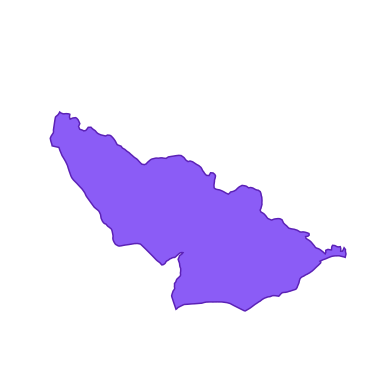 the district of Ugenya, Nyanza, Kenya, rotated 235°
{"feature_id": "3690345B43634586140198", "entity_name": "Ugenya", "entity_type": "district", "adm_level": 2, "iso_a3": "KEN", "parent_name": "Kenya", "parent_adm1": "Nyanza", "projection": "mercator", "projection_center": [34.222, 0.217], "detail": "fine", "context": "isolated", "style": "filled", "palette": "violet", "viewbox_px": 384, "rotation_deg": 235, "n_neighbors": 0, "source": "geoboundaries", "source_scale": "gbopen_adm2", "svg_char_len": 6020}
<svg xmlns="http://www.w3.org/2000/svg" viewBox="0 0 384 384"><g transform="rotate(235 192 192)"><path d="M162.0,242.7L163.0,240.7L165.2,240.0L165.9,239.6L166.9,238.7L168.7,236.8L169.1,233.7L168.9,231.3L168.5,229.3L168.6,227.5L168.9,226.0L169.9,223.5L169.5,222.3L169.4,220.5L171.7,219.2L174.1,218.1L175.0,217.6L175.9,217.1L177.9,215.8L179.7,214.0L180.4,213.4L181.2,212.9L182.7,212.5L185.0,213.9L187.6,216.3L188.2,216.8L188.9,217.3L190.2,219.0L191.7,220.5L192.7,220.7L193.6,220.7L195.5,220.2L197.1,218.3L195.7,215.4L197.3,213.4L199.8,213.0L202.1,213.1L203.1,213.0L204.0,213.1L205.9,213.4L207.2,213.4L209.8,212.7L211.7,211.7L212.7,211.3L215.5,210.2L216.3,209.9L217.0,209.4L218.5,208.2L219.2,206.2L221.6,205.3L224.6,205.2L226.0,204.8L228.1,204.0L229.6,202.2L230.9,199.8L232.2,197.1L233.2,195.1L234.3,192.8L234.4,190.1L235.8,188.4L237.2,187.0L238.0,185.8L239.0,183.8L240.3,182.2L240.8,181.2L242.0,178.1L242.2,176.8L242.1,175.4L241.8,172.6L241.6,171.7L241.3,170.8L241.7,168.7L243.7,166.8L246.5,166.3L249.8,165.9L251.1,165.6L252.2,165.1L254.3,164.4L256.2,164.0L257.6,163.6L260.4,163.0L262.7,162.1L265.5,161.4L268.0,160.2L270.2,160.2L273.6,157.9L275.9,158.1L277.0,158.3L278.1,158.4L280.2,158.4L281.7,158.3L284.3,157.9L285.5,157.3L287.1,155.5L287.3,154.2L287.5,153.3L289.3,151.7L291.1,150.1L292.9,149.0L294.1,148.4L295.3,148.1L297.6,147.9L298.8,147.5L299.7,147.1L301.6,146.6L303.0,146.4L304.5,144.1L303.8,142.1L303.5,141.1L303.4,140.1L304.1,138.4L305.0,138.0L305.7,137.6L307.8,136.0L310.8,136.7L312.3,139.3L315.1,139.9L316.4,140.1L318.3,139.9L319.6,139.4L321.0,136.8L321.6,134.0L323.7,134.6L325.7,136.5L326.4,136.1L327.2,135.3L328.2,134.1L329.0,132.9L329.4,132.0L329.9,131.4L330.5,130.9L331.4,130.3L332.0,129.9L333.4,129.5L333.0,128.8L332.2,126.9L332.0,125.4L331.9,124.1L331.7,123.2L330.9,122.3L329.4,120.8L322.2,114.0L320.6,113.0L319.9,112.1L318.9,109.5L318.5,108.6L317.9,107.6L317.3,106.7L314.8,105.6L312.6,104.9L311.6,104.6L310.0,103.9L309.1,104.7L308.2,105.5L304.9,108.5L303.9,108.3L302.4,107.8L300.2,107.3L297.9,106.8L296.6,106.5L295.7,106.4L293.8,106.3L290.1,106.0L288.6,105.8L285.2,105.2L282.8,104.4L279.9,103.5L277.7,102.9L274.9,102.1L273.3,101.8L272.2,101.7L269.9,101.8L267.5,102.2L265.2,102.6L260.7,103.2L258.0,103.6L257.0,103.7L256.0,103.7L253.5,103.7L252.2,103.6L251.0,103.3L249.7,103.1L248.9,103.0L240.5,103.1L235.7,103.2L234.9,103.4L233.8,103.7L231.8,104.3L230.2,104.7L229.1,104.7L226.2,104.2L225.5,103.9L224.7,103.5L223.3,102.8L222.3,102.4L221.1,102.2L219.6,101.9L218.1,101.9L217.1,102.0L216.2,102.3L215.4,102.9L214.7,103.2L213.8,103.2L212.1,103.4L211.1,103.8L209.7,104.2L208.4,104.6L207.4,104.6L206.2,104.3L203.6,103.2L202.0,102.5L201.1,102.0L199.6,100.7L198.5,100.1L197.6,99.8L196.7,99.6L195.3,99.4L193.4,99.3L192.6,99.5L191.6,100.0L190.3,100.6L189.5,101.3L188.5,103.2L187.5,105.5L187.0,106.6L185.1,110.3L183.1,114.5L182.6,115.5L182.0,116.4L181.0,117.9L180.3,118.6L178.9,119.9L177.6,120.2L176.6,120.4L171.4,121.4L162.8,122.9L156.9,123.8L156.0,124.0L154.0,124.6L152.7,125.1L151.7,125.2L150.6,125.3L149.5,125.5L148.9,127.1L149.0,129.0L149.4,129.9L149.9,131.0L150.0,131.8L149.8,132.9L149.8,134.3L149.9,135.4L149.6,136.6L149.4,138.1L149.1,139.1L148.5,139.9L148.3,140.6L148.4,141.9L148.8,144.6L148.9,145.9L148.9,147.6L148.3,148.9L147.5,149.8L147.1,148.8L147.0,147.4L146.9,145.1L146.1,144.2L145.5,143.1L144.9,142.1L143.1,141.5L142.1,141.3L141.3,141.0L140.6,140.8L139.0,139.9L137.7,139.3L136.9,139.1L136.0,138.9L135.2,138.4L134.3,137.8L133.3,137.0L132.4,136.1L131.5,135.6L130.6,135.1L130.0,134.2L129.8,133.2L129.5,131.2L129.4,130.2L129.1,129.3L128.7,128.5L128.1,127.8L127.6,127.0L127.4,126.1L127.1,125.2L125.6,124.2L124.8,123.5L123.9,123.0L123.1,122.6L122.5,121.9L121.7,119.7L120.6,118.2L120.1,117.5L118.7,115.8L117.8,115.4L112.6,113.8L105.1,111.6L105.1,112.7L105.4,114.3L105.1,116.6L104.9,117.9L104.5,120.4L104.3,121.2L102.7,123.8L100.5,127.6L98.8,130.3L95.7,135.6L95.3,136.3L94.6,138.4L94.2,139.3L93.7,140.5L93.1,141.4L91.7,143.6L89.9,146.1L87.2,150.1L84.8,153.4L81.3,157.2L79.5,158.7L78.7,159.3L75.1,161.1L64.7,166.7L64.0,167.5L63.6,172.6L63.6,173.7L63.8,179.5L63.7,181.2L63.7,183.0L63.7,184.0L63.5,184.9L63.6,186.0L63.6,186.7L63.7,187.8L63.5,190.4L62.9,192.6L62.7,193.5L62.3,194.5L61.5,195.9L60.9,198.5L60.4,199.3L59.8,200.1L59.1,201.0L58.0,202.1L57.5,202.7L56.9,203.3L57.0,204.2L57.6,206.2L57.6,207.3L57.8,208.2L57.4,208.9L56.9,209.9L56.3,210.8L55.7,212.2L55.3,213.1L55.1,214.0L54.8,214.8L54.4,215.8L54.2,216.7L53.9,217.6L53.4,219.3L53.1,220.1L52.8,221.4L53.1,222.4L53.5,223.3L54.7,225.0L55.2,225.9L55.7,226.6L56.2,227.4L56.8,228.1L57.5,228.8L58.9,230.6L59.3,231.8L59.4,233.3L59.2,234.4L59.0,235.4L59.0,236.3L58.9,237.8L58.6,239.2L58.5,240.7L58.3,242.0L58.4,242.9L58.3,244.5L58.5,246.4L58.6,247.3L59.1,250.3L59.4,252.3L59.5,253.3L60.1,256.6L60.7,257.3L61.9,257.1L61.3,260.7L60.7,262.7L60.5,263.6L60.0,266.1L59.2,269.3L58.8,270.3L57.9,272.1L57.4,272.9L55.8,275.3L55.2,276.1L54.5,276.7L51.7,279.2L50.6,280.0L52.9,282.6L55.1,283.5L56.1,284.1L56.8,284.7L59.1,284.6L58.1,283.0L57.2,281.3L57.8,280.5L58.2,279.8L60.3,281.4L61.3,281.8L62.2,282.1L63.1,280.3L64.1,279.4L66.2,278.3L67.7,276.6L67.3,275.7L66.8,274.9L64.6,273.1L65.0,272.4L67.0,270.5L67.3,269.3L67.5,268.1L65.8,267.0L65.4,266.3L65.0,265.6L67.3,265.1L70.7,264.1L72.0,263.6L73.1,263.0L74.7,261.8L75.8,261.3L77.8,261.3L82.7,260.9L84.8,260.4L85.7,260.0L88.5,258.8L89.4,259.1L90.4,259.5L89.3,261.5L89.5,263.3L90.3,263.7L90.9,264.0L92.6,262.9L94.2,261.6L95.1,260.7L95.7,260.0L96.6,258.4L97.4,257.6L100.3,256.3L102.8,254.4L104.9,252.2L107.0,250.5L110.0,250.1L112.2,249.5L114.1,249.2L114.9,249.3L115.7,249.5L117.7,249.8L119.5,248.8L120.3,248.0L120.9,247.2L122.4,244.4L122.8,243.4L123.3,241.2L124.2,240.5L126.7,239.0L127.8,238.8L130.2,238.8L132.5,238.5L133.5,238.2L134.2,237.9L136.1,237.0L138.1,237.4L139.2,239.3L139.8,239.9L140.5,240.8L141.8,242.3L142.9,242.9L144.8,244.4L147.4,246.0L148.3,246.4L149.3,246.7L151.2,247.6L153.2,248.1L154.3,247.7L155.3,247.4L156.6,246.1L157.9,245.3L160.4,244.1L162.0,242.7Z" fill="#8b5cf6" stroke="#5b21b6" stroke-width="1.5"/></g></svg>